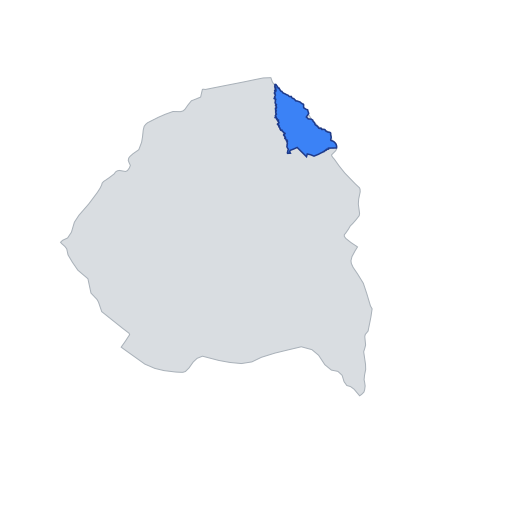 location of Beitbridge, Matabeleland South, Zimbabwe, rotated 216°
{"feature_id": "62879985B95307090216295", "entity_name": "Beitbridge", "entity_type": "district", "adm_level": 2, "iso_a3": "ZWE", "parent_name": "Zimbabwe", "parent_adm1": "Matabeleland South", "projection": "orthographic", "projection_center": [30.386, -21.812], "detail": "fine", "context": "in_parent", "style": "filled", "palette": "blue", "viewbox_px": 512, "rotation_deg": 216, "n_neighbors": 0, "source": "geoboundaries", "source_scale": "gbopen_adm2", "svg_char_len": 7568}
<svg xmlns="http://www.w3.org/2000/svg" viewBox="0 0 512 512"><g transform="rotate(216 256 256)"><path d="M348.8,409.0L345.0,406.4L339.9,404.7L333.3,403.9L324.7,404.2L314.1,405.6L302.8,403.8L290.7,399.0L280.7,397.3L268.7,399.5L268.2,399.6L266.1,397.9L262.8,394.4L257.3,393.8L255.8,393.0L254.6,391.7L253.8,390.0L253.4,388.2L254.3,382.3L253.8,381.7L252.3,381.0L249.3,380.3L242.0,377.8L232.9,375.3L218.1,372.7L212.4,372.0L211.1,371.2L209.4,369.1L206.4,362.4L203.7,358.1L197.2,351.3L196.2,349.2L196.4,343.8L196.8,339.4L197.4,335.7L197.0,332.2L196.9,327.9L197.0,325.0L196.1,323.8L193.8,323.0L187.2,322.7L179.2,323.0L178.9,318.6L178.0,311.9L176.4,308.0L174.5,306.0L170.8,303.9L163.3,301.2L153.1,297.0L144.3,290.7L134.1,282.9L131.0,281.5L127.1,274.0L121.2,261.1L121.5,256.8L120.6,254.7L115.0,248.4L113.7,245.1L112.6,241.8L103.7,232.7L100.6,228.7L98.2,223.5L95.8,219.4L93.9,217.7L91.3,215.0L89.5,211.7L88.7,209.3L89.2,206.1L90.0,203.8L98.4,205.9L102.9,205.9L106.4,204.6L110.9,206.1L116.2,210.1L121.9,210.8L128.0,208.0L136.4,208.5L147.0,212.5L155.7,213.1L166.0,209.2L175.1,198.6L183.6,188.6L192.1,177.2L197.1,167.9L204.6,160.4L214.6,154.5L224.8,149.6L240.4,143.5L243.5,138.6L244.5,133.3L244.4,125.9L245.2,121.1L246.8,118.9L249.4,117.1L252.8,114.9L263.1,109.2L271.8,105.6L282.4,103.2L294.0,103.1L305.1,103.0L311.5,103.0L311.6,110.1L312.0,118.1L313.3,118.9L321.7,119.1L335.1,119.7L348.1,120.3L356.3,126.1L359.1,127.4L367.7,129.0L378.6,138.8L391.8,139.8L400.8,143.0L408.7,146.4L413.3,150.5L416.2,151.4L420.3,151.8L422.2,152.2L421.7,155.0L419.0,159.9L419.3,166.8L422.8,176.6L423.2,185.0L421.9,199.8L421.7,214.1L422.0,219.3L422.6,222.7L423.3,224.5L423.1,226.7L420.9,232.7L419.0,239.0L419.0,241.5L418.3,243.3L416.9,244.9L411.2,247.7L410.2,249.5L410.2,252.8L410.9,255.5L413.0,256.6L415.5,258.2L416.5,260.3L416.5,262.4L415.6,266.5L413.3,273.1L415.4,280.8L417.9,285.8L421.3,291.7L422.7,295.2L422.6,297.8L422.0,300.2L416.6,310.7L412.8,317.2L408.1,324.1L401.9,328.4L400.3,330.5L399.7,332.9L399.8,338.2L399.5,343.6L394.2,352.0L397.3,359.3L396.6,360.0L394.8,361.0L387.3,369.1L379.7,377.3L374.1,383.3L367.8,390.1L360.8,397.8L354.8,404.3L348.8,409.0Z" fill="#d9dde1" stroke="#a8b0b8" stroke-width="1"/><path d="M334.5,395.8L333.9,395.5L334.1,394.6L333.9,394.0L333.3,394.0L332.6,394.5L332.2,394.5L332.1,394.4L331.5,392.6L330.9,392.2L330.8,391.4L329.8,390.6L328.6,390.6L328.6,390.4L328.3,390.0L328.3,389.8L328.5,389.5L328.8,389.5L328.8,389.4L328.7,389.3L328.3,389.0L327.7,389.1L327.3,388.7L327.0,388.6L326.8,388.4L326.6,388.0L326.5,387.6L326.9,387.3L327.1,387.2L326.8,386.7L326.8,386.4L326.7,386.4L326.3,386.3L325.8,385.7L325.4,385.7L325.5,385.0L325.4,384.9L324.9,385.0L324.8,384.9L324.7,384.4L324.8,384.2L324.7,383.9L324.4,383.7L323.9,383.4L323.7,383.1L323.1,383.0L323.0,382.9L322.9,382.8L323.0,382.7L323.2,382.4L322.8,382.2L322.9,381.5L322.8,381.2L322.8,380.8L322.5,380.7L322.3,380.7L322.1,380.6L321.8,380.4L321.6,380.4L321.5,380.2L321.9,379.6L322.1,379.5L322.1,379.3L321.9,379.2L321.7,379.4L321.4,379.7L320.9,379.9L320.3,379.1L320.0,379.0L319.9,379.4L319.8,379.5L319.6,379.5L319.5,379.4L319.5,379.1L319.3,378.7L319.1,378.6L318.8,378.7L318.5,378.4L318.4,378.4L318.3,378.5L318.3,378.8L318.1,379.1L317.9,379.2L317.7,379.2L317.6,378.8L317.6,378.7L317.3,378.3L317.3,378.1L317.3,377.9L316.8,377.9L316.7,377.7L316.2,377.6L315.8,377.4L315.7,377.3L315.7,377.1L315.9,376.7L315.8,376.2L316.0,376.0L316.1,375.9L316.2,375.4L316.0,375.1L315.5,375.1L315.3,375.1L315.2,375.3L314.9,375.3L314.8,375.0L314.6,374.8L314.2,374.8L313.7,374.9L313.6,374.6L313.6,374.1L313.4,373.9L312.7,373.9L312.2,373.7L311.9,373.6L311.7,373.4L311.5,373.0L311.4,372.9L311.1,373.0L310.8,373.0L310.7,372.9L310.4,372.6L310.0,372.3L309.8,372.3L309.3,372.8L309.1,373.0L308.8,372.6L308.6,372.5L307.7,372.6L307.2,372.3L306.4,372.4L305.9,372.1L305.6,372.1L305.3,372.2L305.1,372.2L304.6,372.3L304.5,372.1L304.4,372.0L304.5,371.8L304.9,371.4L304.9,371.2L305.0,370.6L304.9,370.2L304.7,370.0L304.4,370.1L304.1,370.4L303.8,370.3L303.7,369.9L303.5,369.7L302.9,369.3L302.6,369.3L302.3,369.5L302.0,369.4L301.8,369.2L301.8,368.7L301.9,368.2L301.7,368.0L301.1,368.2L300.9,368.2L300.7,368.2L300.4,367.9L300.1,367.8L298.8,368.0L298.8,367.8L298.8,367.7L299.3,367.4L299.3,367.2L298.7,366.9L298.2,367.0L297.8,367.0L297.7,366.7L297.6,366.1L297.0,365.6L296.7,365.4L296.5,365.2L296.4,364.7L296.2,364.3L296.2,364.1L295.9,364.0L295.8,363.8L295.7,363.5L295.5,362.9L295.3,362.7L295.1,362.6L294.7,362.2L292.8,361.4L292.5,361.2L292.2,360.0L292.0,359.3L291.4,358.9L291.3,358.6L291.3,357.9L290.8,357.6L288.6,359.4L290.1,360.2L290.4,361.6L288.4,364.7L286.5,368.0L273.5,366.0L274.5,368.7L272.3,369.6L271.7,369.9L270.7,370.2L267.8,370.9L265.2,375.1L264.0,377.6L263.3,378.8L263.1,379.4L262.7,379.8L262.5,380.3L262.5,380.7L262.3,380.7L262.3,381.0L262.1,381.2L262.2,381.4L262.2,381.9L262.1,382.0L261.9,382.3L261.8,382.5L261.5,382.6L261.4,382.7L261.4,382.9L261.5,383.1L261.8,383.3L261.8,383.5L261.7,383.6L261.4,383.5L261.1,384.0L261.2,384.4L260.7,384.6L260.5,384.8L260.4,385.0L260.2,385.1L260.4,385.4L260.4,385.9L260.6,386.0L254.4,390.7L254.9,391.6L255.8,392.6L256.7,393.3L257.3,393.6L258.0,393.9L258.7,394.0L259.5,394.2L260.6,394.2L261.4,394.1L262.3,393.8L263.2,393.5L263.3,393.6L263.6,393.7L263.9,393.9L264.3,394.7L264.8,396.0L265.4,396.7L265.8,397.0L267.0,398.0L267.7,399.1L268.0,399.4L268.5,399.5L268.8,399.4L269.3,399.2L269.6,399.0L269.8,399.0L270.2,398.7L270.7,398.5L272.4,398.2L273.2,398.2L273.9,398.5L274.0,398.6L274.5,398.7L274.9,398.7L275.3,398.5L275.7,398.2L276.3,397.7L276.7,397.4L277.1,397.0L277.3,397.0L277.7,397.3L278.1,397.6L278.4,397.7L278.8,397.5L279.0,397.0L279.1,396.8L280.3,396.3L280.7,396.4L280.8,396.5L281.0,396.8L282.0,396.8L282.4,396.9L282.9,397.1L283.8,397.0L284.3,397.0L285.3,397.0L285.7,397.2L285.8,397.4L286.9,398.1L287.8,398.4L288.8,398.4L289.1,398.6L289.4,398.9L290.0,399.3L291.9,399.1L294.3,397.6L295.7,397.9L296.1,397.9L297.0,398.0L297.1,402.2L297.4,402.4L297.9,402.9L299.0,403.6L299.5,404.0L299.8,404.4L300.1,404.6L300.4,404.6L301.0,404.3L301.5,404.2L302.1,404.1L302.6,404.0L303.1,404.1L304.2,403.9L304.6,404.0L304.8,404.2L304.9,404.5L305.5,405.0L306.0,405.9L306.4,406.3L306.5,406.5L307.0,406.7L308.0,406.3L308.9,406.4L309.8,406.3L310.7,406.5L311.2,406.4L311.4,406.3L312.4,406.0L313.1,405.8L313.9,405.5L314.9,404.9L315.2,404.9L315.6,405.0L316.0,405.2L317.0,405.3L317.9,405.6L318.1,405.6L318.5,405.2L318.8,405.1L319.4,405.1L320.0,405.1L320.4,405.2L320.9,405.7L321.3,405.8L321.6,405.6L322.1,405.0L322.6,404.7L323.0,404.6L324.1,404.9L324.5,404.9L324.9,404.8L325.4,404.7L325.5,404.6L325.9,404.5L326.3,404.5L326.6,404.4L327.4,404.3L327.8,404.3L329.8,403.8L330.1,403.8L330.7,404.0L331.1,404.1L331.9,404.4L332.0,404.4L332.5,404.0L334.0,404.3L334.5,404.8L335.1,404.8L335.5,404.9L335.7,405.3L336.0,405.4L336.3,405.4L336.5,405.2L336.7,404.9L336.8,404.9L337.1,405.1L338.3,405.7L338.9,405.9L339.7,406.0L340.4,406.4L340.9,406.4L341.5,406.0L341.5,405.9L341.0,405.2L340.9,405.0L340.7,404.8L340.4,404.4L340.3,404.2L340.3,403.9L340.1,403.8L339.8,404.0L339.6,404.0L339.3,403.6L339.1,403.7L338.9,403.7L339.0,403.3L338.9,403.0L339.0,402.9L338.8,402.8L338.5,402.8L338.2,402.8L338.1,402.6L337.9,402.1L337.5,402.1L337.3,402.0L337.4,401.8L337.4,401.7L337.5,401.4L337.7,401.2L337.9,401.4L338.1,401.4L338.2,401.2L338.3,401.1L338.2,400.9L338.1,400.7L337.6,400.6L337.3,400.8L337.3,401.0L337.2,401.0L337.0,400.9L337.3,400.2L337.2,400.1L336.9,400.1L337.1,399.6L337.0,398.8L337.0,398.7L336.7,398.7L336.3,398.6L336.4,398.4L336.2,398.1L335.6,398.0L335.2,397.9L334.9,397.7L334.6,396.9L334.6,396.3L334.5,395.8Z" fill="#3b82f6" stroke="#1e3a8a" stroke-width="1.5"/></g></svg>